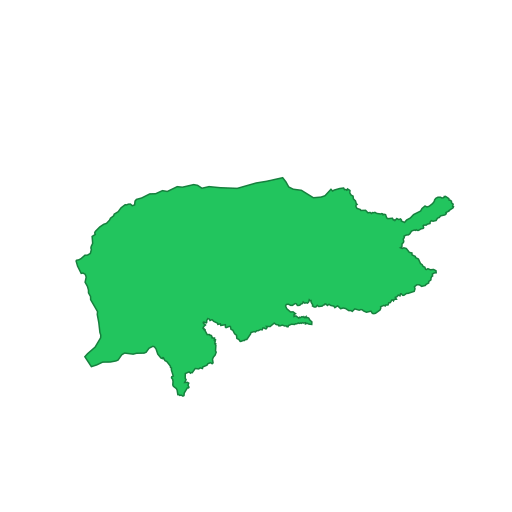 May, Phôngsali, Laos (Robinson projection), rotated 62°
{"feature_id": "54806243B58703699561211", "entity_name": "May", "entity_type": "district", "adm_level": 2, "iso_a3": "LAO", "parent_name": "Laos", "parent_adm1": "Phôngsali", "projection": "robinson", "projection_center": [102.865, 21.419], "detail": "fine", "context": "isolated", "style": "filled", "palette": "green", "viewbox_px": 512, "rotation_deg": 62, "n_neighbors": 0, "source": "geoboundaries", "source_scale": "gbopen_adm2", "svg_char_len": 6123}
<svg xmlns="http://www.w3.org/2000/svg" viewBox="0 0 512 512"><g transform="rotate(62 256 256)"><path d="M260.9,440.8L263.2,450.6L264.6,454.4L276.4,453.3L277.4,447.8L277.7,441.2L281.2,434.4L282.9,428.9L283.1,426.6L280.2,421.0L280.0,417.6L285.0,410.5L285.8,407.1L289.2,400.4L289.4,398.2L287.2,393.8L287.3,389.5L288.5,388.3L291.1,387.9L296.5,388.8L301.5,387.8L302.8,386.6L302.0,386.0L302.3,385.5L305.6,385.5L307.3,384.3L312.9,383.3L314.3,383.8L315.2,383.2L316.8,384.2L323.1,385.4L323.1,387.1L323.9,387.8L325.6,387.5L327.7,388.1L330.8,390.0L332.3,390.1L335.6,388.6L337.3,388.6L341.7,390.1L342.0,389.4L343.3,388.8L343.7,387.4L345.4,386.3L345.4,385.1L343.3,383.7L340.2,378.5L340.8,377.5L340.4,376.8L338.1,376.7L336.7,375.1L335.4,375.8L334.2,378.4L332.4,375.8L330.7,375.9L326.6,373.6L326.9,369.5L328.7,368.9L328.5,368.0L329.1,367.1L326.8,362.5L328.8,359.6L328.6,357.8L330.2,356.1L329.0,355.1L329.4,350.5L328.5,349.2L328.8,346.3L330.5,345.3L330.2,344.1L326.6,342.8L325.2,340.9L324.3,338.6L322.2,336.3L320.8,336.3L315.9,333.3L314.9,333.5L314.5,332.8L313.7,333.4L312.2,332.1L311.5,332.3L311.1,331.1L310.5,331.3L310.4,332.1L308.9,331.2L308.5,332.4L307.4,332.7L307.4,333.2L305.7,332.7L304.7,333.1L304.5,333.9L303.5,334.0L302.5,336.0L297.9,336.0L297.4,335.6L296.9,336.4L296.3,336.5L296.0,336.0L294.8,336.7L293.6,334.9L293.2,333.0L290.9,334.0L289.8,333.7L289.8,333.0L291.7,331.4L291.6,330.8L289.8,329.8L288.6,327.9L289.9,326.8L291.4,326.9L291.5,324.9L291.9,324.5L293.7,324.1L297.3,321.5L298.5,321.8L299.2,319.3L300.8,319.7L302.3,315.3L304.4,316.4L305.2,316.1L305.6,312.6L306.2,311.7L309.0,312.5L310.7,311.3L314.7,311.4L316.7,310.4L319.8,311.6L321.7,310.3L323.9,310.1L324.3,309.6L324.6,307.0L325.2,305.8L324.7,304.8L325.4,303.3L322.3,297.4L321.2,296.4L321.8,293.2L322.8,292.2L322.3,290.4L323.0,289.2L323.0,286.6L324.1,285.2L322.8,283.7L323.5,282.5L324.7,281.9L325.1,281.0L324.2,279.7L323.1,279.8L324.9,276.7L323.8,271.4L326.0,270.4L327.5,268.4L328.3,268.7L329.0,267.5L329.3,265.2L331.2,263.6L331.9,262.1L333.1,261.8L333.5,260.8L332.6,260.1L332.9,256.7L334.6,254.0L334.3,253.0L335.0,251.9L335.0,250.0L335.8,249.6L336.1,247.9L336.7,247.7L336.7,246.3L337.4,245.8L338.1,243.6L339.2,244.2L339.4,242.5L341.0,241.2L342.6,238.9L340.4,237.6L337.9,238.5L335.6,238.6L334.5,239.4L334.1,240.6L333.0,240.2L333.4,241.9L332.1,242.2L332.4,242.7L331.1,244.0L331.3,245.6L330.5,246.3L330.9,247.4L327.6,248.9L327.3,250.8L325.5,249.8L325.5,248.2L322.7,249.5L321.6,251.8L317.0,253.6L314.1,253.4L313.4,252.7L313.1,251.5L313.8,250.0L315.9,248.6L316.7,247.0L316.3,243.8L317.2,242.8L319.1,242.7L319.8,241.4L320.0,240.2L319.5,238.8L319.8,237.3L318.7,235.9L320.5,235.1L320.8,233.7L321.8,232.6L321.2,230.9L319.6,229.5L321.3,228.9L321.3,228.4L322.8,229.0L326.0,228.9L326.6,229.6L328.4,228.5L329.1,227.1L328.3,225.1L330.1,224.3L331.3,221.1L330.9,219.4L331.3,218.3L330.7,217.7L331.0,216.9L333.2,216.2L332.9,214.2L334.7,213.3L336.8,210.8L338.6,210.6L338.3,207.3L342.3,206.0L342.8,203.5L344.4,201.6L347.8,199.7L348.8,197.7L350.1,197.0L349.1,193.6L352.3,190.3L352.5,188.6L353.4,187.4L354.9,186.9L357.5,184.9L358.7,180.4L361.3,180.2L362.2,179.1L362.7,177.4L361.9,171.8L360.6,170.3L359.3,169.8L359.6,166.3L360.8,165.3L360.2,164.4L361.2,162.4L359.6,160.6L360.2,159.3L358.6,156.7L358.9,156.0L360.2,155.7L359.2,154.3L360.1,152.3L357.9,152.4L358.1,150.7L357.3,148.8L358.8,147.6L357.2,146.1L357.5,145.5L359.6,144.9L360.1,143.9L359.7,140.6L360.4,139.3L361.5,132.9L359.6,131.0L357.6,130.6L356.9,127.6L358.1,125.3L360.6,124.0L361.5,120.3L360.9,119.1L360.9,116.2L359.6,115.4L359.2,112.8L357.6,111.8L356.5,110.3L356.6,109.5L354.7,108.7L354.7,106.4L355.4,104.8L353.5,104.0L351.2,105.6L350.1,108.4L347.9,110.2L348.0,111.8L347.4,112.5L345.1,112.2L343.8,113.3L341.6,113.4L339.9,114.3L334.9,114.0L332.3,115.9L331.2,115.5L328.3,117.7L326.5,116.9L324.8,118.9L319.9,119.8L318.2,121.6L318.1,123.2L316.5,124.6L316.4,122.9L313.8,121.3L313.3,119.5L312.3,118.6L310.2,118.1L309.4,116.5L308.0,115.9L308.1,113.2L308.9,111.5L308.6,109.8L307.1,107.1L307.1,106.0L307.4,104.0L308.2,103.3L308.0,102.2L309.0,101.7L309.7,100.4L309.5,97.8L310.1,95.4L309.8,94.7L307.7,94.2L307.5,93.5L308.7,91.0L308.3,90.0L309.0,87.1L307.9,86.5L307.1,84.6L308.4,83.4L309.2,80.3L307.9,78.2L307.8,76.7L308.1,76.1L307.2,74.3L308.4,69.9L308.0,68.2L306.8,67.9L306.9,64.5L306.5,64.4L306.0,59.5L305.2,58.5L304.5,59.1L302.8,57.6L300.8,58.4L299.4,57.7L298.1,58.2L297.5,59.2L295.8,58.8L292.3,60.7L291.9,61.8L292.5,61.9L292.5,63.5L292.0,64.7L290.8,65.4L289.5,67.8L289.5,70.3L290.5,72.2L291.4,72.8L292.6,75.5L293.4,79.8L293.0,82.0L291.2,83.3L292.0,87.1L293.6,89.6L293.4,97.4L294.9,101.9L294.9,106.1L296.1,109.1L293.3,111.3L292.5,110.7L291.1,111.0L290.9,112.8L289.0,114.1L289.9,116.7L289.1,116.8L288.7,117.8L286.7,117.8L284.9,122.1L283.6,122.7L280.3,122.2L279.4,123.2L279.3,124.5L278.4,124.3L277.6,125.0L277.5,126.1L275.1,129.4L273.3,130.5L272.9,132.2L272.3,132.8L272.7,134.1L271.1,134.8L270.4,136.9L267.1,137.8L265.0,142.1L263.9,142.1L261.4,144.5L258.9,144.5L258.1,143.8L257.9,142.5L256.8,142.9L254.1,142.3L251.3,143.2L248.7,142.2L246.9,143.4L244.3,143.6L242.3,142.3L239.9,143.6L240.5,144.1L240.5,145.1L239.6,145.2L239.0,146.7L237.1,146.7L235.7,150.4L234.5,156.0L234.6,157.9L232.3,158.5L235.2,166.8L234.5,171.0L231.5,178.0L219.3,185.1L214.5,191.8L210.4,194.7L204.5,194.8L199.4,195.7L195.0,211.6L191.6,221.6L187.5,240.8L179.0,255.4L172.7,264.9L170.8,271.9L166.2,274.4L163.7,277.5L160.7,288.7L157.8,293.0L157.4,304.0L154.4,307.9L153.9,315.4L151.3,320.7L151.1,329.7L149.9,335.0L150.7,337.0L153.9,339.2L153.5,341.7L151.2,342.5L150.3,344.4L150.1,346.4L149.3,347.4L150.1,352.5L152.2,356.9L152.5,361.6L153.7,362.8L154.3,366.7L155.6,368.5L157.0,372.7L156.5,375.6L157.0,380.3L158.9,386.4L159.9,387.6L161.5,387.8L161.8,391.5L168.2,394.3L170.1,396.9L171.4,398.0L173.1,398.4L176.0,401.1L176.1,404.6L175.0,406.6L176.2,411.8L176.2,414.2L175.5,416.5L176.0,417.2L181.2,418.3L189.3,418.5L189.8,416.8L191.7,415.5L193.1,415.5L195.0,415.9L198.9,419.2L203.6,419.1L207.4,419.9L209.9,421.2L214.1,421.1L216.9,422.5L230.7,422.0L233.1,423.6L241.1,426.1L250.2,429.7L253.0,430.2L255.3,431.6L260.9,440.8Z" fill="#22c55e" stroke="#15803d" stroke-width="1.5"/></g></svg>